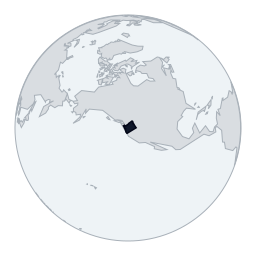 the Earth from above Oregon, rotated 329°
{"feature_id": "USA-3525", "entity_name": "Oregon", "entity_type": "State", "adm_level": 1, "iso_a3": "USA", "parent_name": "United States of America", "parent_adm1": "", "projection": "orthographic", "projection_center": [-121.855, 44.128], "detail": "fine", "context": "on_globe", "style": "filled", "palette": "ink", "viewbox_px": 256, "rotation_deg": 329, "n_neighbors": 0, "source": "natural_earth", "source_scale": "10m", "svg_char_len": 10925}
<svg xmlns="http://www.w3.org/2000/svg" viewBox="0 0 256 256"><g transform="rotate(329 128 128)"><circle cx="128" cy="128" r="113" fill="#eef3f6" stroke="#a8b0b8"/><path d="M36.1,190.2L36.3,190.7L36.1,190.2ZM199.8,214.8L201.3,213.5L211.2,201.1L210.8,199.8L206.2,201.3L200.9,195.8L203.4,189.9L201.8,188.7L207.1,178.2L205.0,172.4L202.9,172.8L201.3,176.6L193.5,176.4L189.9,172.4L161.7,173.3L157.8,171.2L156.3,166.3L139.8,151.5L150.3,166.6L145.2,164.4L139.8,159.3L141.2,157.6L135.5,149.4L130.0,146.6L124.2,135.4L124.3,120.0L127.0,122.2L126.7,118.4L123.3,115.6L121.1,114.6L115.4,99.8L104.6,91.9L99.2,93.5L102.0,90.1L90.5,96.2L83.3,95.7L92.6,93.8L94.5,91.8L90.3,90.1L91.3,87.7L89.8,85.6L91.4,83.0L96.7,82.4L97.9,80.8L94.8,79.8L94.5,76.7L98.8,78.5L98.7,73.3L107.5,72.0L117.7,79.9L123.9,77.8L137.7,82.8L137.7,80.4L142.9,81.2L144.9,78.9L146.9,80.7L146.7,77.3L144.4,76.1L143.6,74.3L144.5,72.9L147.3,74.9L147.2,75.9L148.5,75.7L149.5,77.4L149.5,75.8L152.7,78.5L151.0,73.8L154.7,74.3L156.4,76.7L154.4,79.0L153.4,91.2L154.5,94.7L158.2,97.2L169.0,96.2L171.1,99.3L175.2,101.5L174.9,98.5L171.6,95.7L172.2,91.0L168.0,88.4L167.7,86.2L164.2,82.7L166.7,80.6L171.1,80.5L174.1,83.3L176.1,83.4L174.9,78.7L182.1,82.4L189.6,82.2L191.2,83.6L191.5,89.5L187.4,94.3L187.7,103.0L189.5,94.8L193.6,98.8L195.2,98.5L196.1,97.0L195.4,94.5L197.2,95.5L196.1,103.7L194.4,102.9L194.8,100.2L192.9,102.6L192.1,108.6L194.2,110.5L190.9,118.4L192.3,119.8L192.4,122.5L190.3,119.6L194.1,125.2L190.4,136.7L195.5,146.7L188.3,141.1L184.4,142.2L180.0,144.7L180.8,146.4L173.9,148.1L169.5,154.2L170.3,163.4L174.7,168.7L182.0,165.8L183.1,161.4L187.8,158.2L186.9,169.2L195.6,166.0L196.1,173.0L199.0,175.0L202.7,171.7L206.8,170.7L208.8,165.0L212.4,159.7L213.4,164.9L214.7,158.3L217.2,158.9L223.8,151.5L223.6,153.3L229.3,152.9L233.9,148.1L235.0,149.9L234.6,153.0L235.9,151.0L235.8,152.3L239.4,143.1L239.9,141.1L238.6,149.6L236.6,157.9L234.0,166.1L230.8,174.1L227.0,181.8L222.6,189.2L217.6,196.2L212.2,202.9L206.2,209.1L199.8,214.8ZM68.7,163.4L68.9,161.0L70.2,163.0L68.7,163.4ZM68.1,159.2L68.2,160.1L67.9,159.2L68.1,159.2ZM67.2,158.3L67.8,158.9L67.0,158.5L67.2,158.3ZM65.9,157.5L66.6,157.9L65.9,157.5ZM196.3,150.5L206.1,149.5L201.7,153.5L202.3,152.0L199.6,151.5L194.9,152.3L190.7,156.1L196.3,150.5ZM64.2,155.5L63.8,154.9L64.5,155.0L64.2,155.5ZM198.0,142.2L196.4,142.9L197.8,141.8L198.0,142.2ZM119.9,114.7L123.1,115.8L125.8,119.4L123.1,118.7L119.9,114.7ZM114.9,108.1L116.7,107.8L116.8,111.6L115.7,110.6L114.9,108.1ZM95.2,95.3L97.6,96.0L94.9,96.2L95.2,95.3ZM89.4,85.8L88.3,86.4L88.0,85.1L89.4,85.8ZM163.0,84.2L163.6,83.5L163.9,84.5L163.0,84.2ZM161.0,83.4L161.0,85.1L160.0,84.9L160.0,83.9L161.0,83.4ZM90.2,80.0L89.9,77.8L91.1,79.9L90.2,80.0ZM161.2,81.4L158.2,84.6L156.5,84.4L155.2,80.4L161.2,81.4ZM90.4,76.5L89.8,71.4L87.5,72.2L93.7,67.4L92.1,73.1L93.9,75.5L91.8,75.1L90.4,76.5ZM143.3,76.4L145.7,77.6L142.9,77.9L143.3,76.4ZM141.7,77.0L134.1,81.1L131.0,78.8L134.2,77.8L129.5,76.1L131.8,72.9L134.8,73.2L136.4,75.2L136.0,72.5L141.7,77.0ZM97.1,65.6L97.8,64.4L98.1,65.6L97.1,65.6ZM143.1,73.6L141.8,74.5L139.0,72.6L141.1,70.3L141.3,71.7L143.1,73.6ZM127.2,77.3L125.5,75.5L126.8,72.4L126.4,71.4L131.5,72.7L127.2,77.3ZM142.4,71.4L142.1,69.3L144.3,69.0L144.1,72.5L142.4,71.4ZM137.5,73.1L136.3,72.1L137.6,71.9L137.5,73.1ZM151.8,67.0L150.3,68.0L148.8,67.0L151.8,67.0ZM141.9,68.5L141.2,68.6L140.4,68.4L140.7,67.0L141.9,68.5ZM132.1,70.5L133.0,69.6L130.1,69.8L131.0,67.6L134.3,68.9L133.2,67.4L133.5,66.8L135.9,68.6L132.1,70.5ZM138.6,64.9L143.1,66.1L146.1,64.3L147.6,65.1L142.5,67.8L138.6,64.9ZM136.8,66.9L138.3,65.8L139.3,67.3L139.0,68.9L136.8,66.9ZM130.4,65.7L128.2,68.7L127.5,68.3L130.4,65.7ZM139.3,64.1L138.2,63.9L139.4,63.8L139.3,64.1ZM132.9,64.9L132.2,65.9L131.5,65.5L132.9,64.9ZM136.6,62.6L138.0,62.9L137.8,64.0L136.6,62.6ZM134.7,63.4L133.9,62.5L136.9,64.2L134.5,63.9L134.7,63.4ZM132.3,64.3L131.7,64.3L132.7,63.9L132.3,64.3ZM136.4,58.5L140.3,60.3L139.9,62.6L136.2,60.5L136.4,58.5ZM233.6,88.9L231.1,82.7L229.0,79.2L210.2,52.9L208.0,49.7L195.2,37.7L193.9,36.7L196.2,38.4L202.4,43.4L208.2,48.9L213.6,54.7L218.5,61.0L223.0,67.5L227.1,74.4L230.6,81.5L233.6,88.9ZM154.9,18.6L157.0,19.2L152.9,18.3L158.6,19.7L157.5,19.3L161.1,20.4L162.3,20.8L160.8,20.4L163.6,21.4L170.1,23.5L169.8,23.4L176.2,26.2L177.9,27.0L178.0,27.0L181.6,28.9L181.8,29.1L180.5,28.4L183.6,31.4L185.8,32.3L182.9,29.7L184.6,30.7L187.5,32.3L186.5,31.9L189.0,34.9L195.4,40.0L206.5,48.5L209.6,52.2L211.0,55.0L204.1,50.9L197.8,43.2L195.3,42.1L194.1,43.6L192.3,41.2L191.0,41.0L188.4,38.4L182.3,35.3L179.3,33.0L174.6,32.5L172.4,31.4L175.8,31.9L176.6,31.3L168.8,26.5L166.6,25.8L164.1,25.9L162.3,24.8L160.9,25.6L155.3,23.7L161.0,26.8L158.3,27.4L153.6,26.9L153.8,27.8L161.4,28.7L163.5,28.7L163.6,27.7L170.2,28.5L173.4,30.1L170.4,31.6L174.6,34.1L170.4,34.5L152.4,31.1L146.2,29.6L140.7,24.6L143.5,24.1L146.9,25.6L145.9,23.2L144.9,23.9L143.4,23.0L140.4,23.8L139.2,23.3L138.4,25.0L136.6,24.5L137.1,23.4L131.1,24.4L126.7,23.9L125.9,24.4L126.4,25.1L120.4,24.2L120.1,24.6L122.0,25.1L122.6,26.3L121.3,28.3L119.3,27.8L119.5,27.1L116.9,25.0L117.7,23.3L116.8,23.3L115.6,24.8L118.8,27.2L118.5,28.6L116.6,27.4L117.3,27.9L116.6,28.5L114.0,28.7L115.9,30.0L110.7,37.4L105.2,38.9L104.0,36.8L98.3,42.4L92.5,44.2L94.2,44.5L92.6,47.7L94.4,47.2L95.1,47.7L91.7,56.5L89.4,58.4L89.9,63.1L90.8,63.3L92.5,62.1L93.7,67.4L87.5,72.2L85.9,71.4L83.2,75.2L79.7,72.9L75.7,72.9L73.5,68.5L70.4,69.1L69.7,70.6L65.1,72.8L57.9,72.6L66.8,66.2L78.2,66.4L73.8,65.6L75.7,63.9L74.7,62.6L71.6,62.3L70.6,63.4L70.4,54.5L64.6,51.8L62.8,55.9L59.5,58.4L51.4,60.2L46.9,55.1L42.5,59.5L40.9,60.6L41.6,58.4L44.1,56.7L46.7,53.6L47.9,53.1L50.0,49.4L51.9,48.6L52.5,46.4L50.0,48.4L47.5,51.7L47.2,50.6L42.0,56.0L39.2,59.0L39.3,58.5L44.5,52.3L50.2,46.6L56.2,41.2L62.6,36.3L69.4,31.8L76.4,27.9L83.7,24.4L91.2,21.5L98.9,19.2L106.8,17.4L114.8,16.1L122.8,15.5L130.9,15.4L139.0,15.9L147.0,17.0L154.9,18.6ZM218.7,62.0L219.7,63.1L218.7,62.0ZM135.0,15.6L134.9,15.6L137.3,15.8L141.8,16.2L135.0,15.6ZM224.0,151.2L224.9,151.3L223.9,152.6L224.0,151.2ZM201.7,156.2L203.5,155.1L204.7,155.3L203.4,156.6L201.7,156.2ZM215.2,145.2L217.0,144.1L215.4,146.2L215.2,145.2ZM207.5,149.2L213.9,146.4L210.8,151.2L206.7,152.9L209.2,150.4L207.5,149.2ZM198.4,146.2L199.7,145.8L199.7,147.1L198.4,146.2ZM199.0,141.5L198.7,141.9L197.8,141.4L199.0,141.5ZM193.7,98.4L193.8,97.7L195.1,96.6L195.1,98.0L193.7,98.4ZM197.2,86.8L200.1,88.7L198.0,88.2L198.6,90.4L194.9,92.3L191.9,84.4L193.9,87.6L197.2,86.8ZM189.2,93.1L191.9,92.5L189.1,93.5L189.2,93.1ZM186.7,43.2L186.6,42.1L188.8,42.8L192.6,46.4L189.5,45.2L186.7,43.2ZM186.0,40.3L181.9,41.2L179.4,39.3L181.5,40.2L180.2,38.8L183.3,39.9L184.8,37.4L186.9,38.0L192.8,43.8L189.8,41.5L190.0,42.7L186.0,40.3ZM175.9,49.2L174.1,50.1L170.9,44.5L173.0,44.3L176.9,47.7L176.8,49.9L175.9,49.2ZM159.4,74.0L158.9,75.2L158.2,74.5L158.0,73.1L159.4,74.0ZM151.2,67.5L160.7,68.5L160.7,69.8L166.3,69.1L168.3,72.3L164.6,72.6L170.4,74.7L167.8,76.3L171.8,77.5L163.2,77.8L161.2,79.5L162.7,76.3L160.9,73.2L159.5,72.4L154.0,71.4L148.7,73.8L146.0,71.4L145.6,69.0L146.5,68.0L147.9,69.9L148.1,67.3L150.8,69.3L151.2,67.5ZM142.0,45.9L143.3,47.9L144.1,44.1L146.8,45.6L146.7,45.1L149.5,45.5L152.7,45.1L153.6,46.1L154.5,45.6L156.3,45.9L157.8,45.6L160.0,47.3L162.0,47.0L161.9,48.0L164.7,47.2L163.7,48.6L165.9,49.4L165.8,47.6L174.3,59.0L178.7,63.0L183.0,65.7L180.6,68.2L175.1,67.4L168.5,64.9L164.5,60.8L164.2,62.8L162.2,61.5L163.3,60.5L160.4,61.3L159.1,60.0L153.2,58.5L149.8,60.8L147.5,60.4L148.2,58.9L145.5,59.7L145.2,56.6L143.6,56.3L141.7,53.1L143.9,50.5L142.0,50.4L140.4,48.1L142.0,45.9ZM136.0,57.5L138.0,53.8L140.5,52.8L142.7,58.8L144.2,59.5L145.8,63.6L142.1,64.9L142.0,63.6L141.1,62.6L142.6,62.6L140.7,61.9L140.5,60.2L138.9,59.2L140.0,58.2L136.0,57.5ZM189.9,33.9L191.3,34.9L190.1,34.1L187.9,32.6L189.2,33.5L189.9,33.9ZM193.2,36.9L191.9,36.0L193.4,36.6L194.6,37.6L193.2,36.9ZM189.9,35.0L191.7,35.9L191.5,36.0L189.9,35.0ZM174.5,31.2L173.0,30.4L173.3,30.2L174.7,30.6L174.5,31.2ZM144.9,35.8L145.2,36.9L144.5,36.9L143.0,39.0L140.8,38.2L140.9,36.6L144.9,35.8ZM142.3,35.2L141.9,36.1L141.1,35.2L142.3,35.2ZM139.2,37.7L137.9,36.7L140.4,38.3L139.2,37.7ZM37.0,61.7L36.7,62.0L37.0,61.7ZM123.3,31.1L127.8,29.0L129.6,27.2L128.4,25.8L132.1,27.0L129.3,29.7L123.3,31.1ZM112.4,36.6L113.5,38.1L111.8,38.3L111.3,38.0L112.4,36.6ZM114.0,36.9L117.7,37.3L117.5,38.7L114.6,38.1L114.0,36.9ZM130.1,35.6L131.6,35.0L132.2,35.8L130.1,35.6ZM34.5,189.0L35.7,190.9L34.6,189.6L34.5,189.0ZM36.3,190.7L35.0,189.2L36.1,190.2L36.3,190.7ZM25.6,174.8L26.3,176.3L26.2,176.0L25.6,174.8ZM25.2,174.0L25.1,173.5L25.6,174.7L25.2,174.0ZM20.4,161.2L20.5,161.3L20.8,162.2L20.4,161.2ZM19.7,158.9L19.2,156.9L19.1,156.5L19.7,158.9ZM19.4,157.5L19.2,156.4L20.0,159.6L19.4,157.5ZM18.0,152.1L19.0,155.8L18.0,152.0L18.0,152.1ZM17.8,151.0L17.3,148.8L17.3,148.7L17.8,151.0ZM16.5,143.9L17.1,147.9L17.2,148.1L16.9,146.7L16.5,143.9ZM15.6,135.7L15.8,138.2L16.1,141.2L16.0,139.8L15.6,135.7ZM36.5,67.1L38.0,65.7L37.4,67.5L36.5,67.9L36.5,67.1ZM36.8,72.7L37.7,67.5L38.7,63.7L37.4,65.5L35.9,66.2L38.8,62.6L39.6,64.0L38.5,67.2L40.2,66.6L40.5,68.6L43.3,66.9L44.1,67.6L41.2,70.3L36.8,72.7ZM44.6,66.0L49.6,64.4L47.6,68.7L46.1,70.0L44.6,68.9L45.7,66.6L44.6,66.0ZM50.2,65.3L51.4,63.2L61.1,57.9L62.7,57.9L54.2,63.9L54.8,62.3L52.8,62.9L50.2,65.3ZM96.6,64.4L97.7,64.4L96.6,65.2L96.6,64.4ZM96.1,47.3L96.9,48.0L95.6,48.8L96.1,47.3ZM98.3,50.5L99.2,49.1L99.0,50.8L98.3,50.5ZM101.1,46.1L100.0,48.7L99.9,45.9L101.1,46.1Z" fill="#d9dde1" stroke="#a8b0b8" stroke-width="1"/><path d="M124.2,130.3L124.3,130.1L124.3,129.9L124.4,129.6L124.5,129.5L124.5,129.4L124.5,129.5L124.5,129.4L124.6,129.1L124.7,128.9L124.8,128.8L124.8,128.7L124.8,128.8L124.8,128.7L124.7,128.7L124.7,128.8L124.7,128.7L124.7,128.4L124.8,128.2L124.8,127.8L124.8,127.7L124.9,127.4L125.0,127.4L124.9,127.3L124.9,127.2L125.0,127.0L124.9,127.0L124.9,126.9L124.9,126.7L125.0,126.5L125.0,126.4L125.0,126.2L125.1,125.9L125.1,125.7L125.1,125.4L125.1,125.5L125.2,125.4L125.1,125.2L125.1,125.3L125.2,125.2L125.2,124.9L125.1,125.0L125.1,124.9L125.1,124.7L125.1,124.8L125.1,124.7L125.1,124.4L125.2,124.1L125.1,123.9L125.2,124.0L125.3,124.0L125.3,123.9L125.5,124.0L125.6,123.9L125.8,123.8L125.9,124.0L126.0,124.0L126.3,123.9L126.3,124.0L126.5,124.0L126.6,124.3L126.7,124.5L126.8,124.7L126.8,124.8L126.8,125.0L127.0,125.1L127.3,125.1L127.5,125.2L127.8,125.0L128.0,124.9L128.4,124.9L128.8,124.9L128.9,125.0L129.0,125.1L129.3,125.0L129.5,124.9L129.9,124.9L130.0,124.9L130.3,124.8L130.3,124.7L130.6,124.6L131.0,124.5L131.1,124.4L131.4,124.4L131.8,124.4L134.8,124.1L134.9,124.3L135.0,124.4L135.1,124.5L135.3,124.5L135.4,124.8L135.3,125.0L135.2,125.3L135.2,125.5L135.1,125.8L135.0,126.0L135.0,126.3L134.9,126.3L134.9,126.5L134.7,126.6L134.7,126.8L134.6,127.0L134.5,127.3L134.6,127.5L134.8,127.5L135.0,127.6L135.0,127.8L134.9,127.8L134.9,128.0L134.9,128.3L134.9,128.5L135.1,132.0L124.6,132.1L124.4,132.0L124.4,131.9L124.3,131.7L124.3,131.4L124.3,131.2L124.3,130.9L124.2,130.8L124.2,130.7L124.2,130.3Z" fill="#0f172a" stroke="#020617" stroke-width="1.5"/></g></svg>